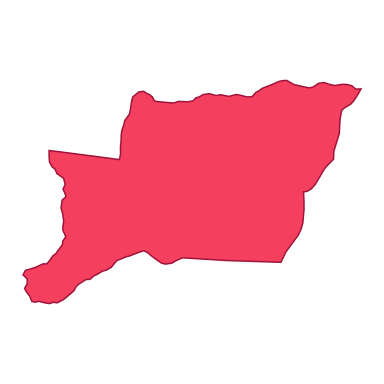 outline of Cachoeirinha, Tocantins, Brazil
{"feature_id": "56859067B94682189349477", "entity_name": "Cachoeirinha", "entity_type": "district", "adm_level": 2, "iso_a3": "BRA", "parent_name": "Brazil", "parent_adm1": "Tocantins", "projection": "robinson", "projection_center": [-47.863, -6.098], "detail": "fine", "context": "isolated", "style": "filled", "palette": "rose", "viewbox_px": 384, "rotation_deg": 0, "n_neighbors": 0, "source": "geoboundaries", "source_scale": "gbopen_adm2", "svg_char_len": 1921}
<svg xmlns="http://www.w3.org/2000/svg" viewBox="0 0 384 384"><path d="M44.7,302.8L49.5,303.6L53.3,302.3L57.3,302.8L63.3,299.7L69.7,294.5L74.1,290.6L75.7,287.2L78.7,284.2L85.9,279.6L90.0,279.3L94.0,275.8L97.0,274.5L102.2,271.3L106.4,270.1L111.3,267.3L116.7,260.7L126.6,256.6L130.1,255.8L134.5,254.0L139.3,252.2L143.7,250.8L147.6,252.6L150.8,255.4L155.5,259.0L158.4,261.0L161.6,263.2L165.5,264.1L171.7,263.2L177.4,260.0L182.7,257.8L225.7,260.5L280.9,262.3L286.0,251.8L298.2,235.3L301.0,229.4L302.8,223.2L304.0,209.7L304.0,202.2L303.6,191.8L306.9,191.4L311.4,188.8L315.4,184.2L324.4,169.0L327.4,165.4L333.6,159.2L333.8,151.4L336.6,142.4L339.3,133.4L340.0,119.9L341.6,110.4L344.6,107.8L350.9,104.0L354.0,100.5L357.4,95.3L361.0,88.9L355.7,89.1L351.8,85.7L346.6,84.5L342.6,84.3L339.3,84.8L334.7,85.5L329.4,84.4L324.1,82.5L318.6,83.3L313.4,86.9L309.7,87.9L304.0,86.9L300.0,85.9L294.3,84.7L286.7,80.4L282.0,80.7L278.8,81.5L272.2,84.4L267.7,86.2L261.9,88.5L258.9,90.9L255.8,92.4L252.0,96.8L246.7,96.9L240.1,95.1L236.1,94.5L228.9,96.4L220.6,94.7L216.1,95.6L212.4,94.5L209.1,93.7L203.2,94.5L199.3,96.8L195.7,97.9L193.2,100.8L187.9,101.8L183.6,101.6L178.4,101.4L173.7,103.0L168.5,102.6L164.0,102.2L159.5,101.8L154.6,101.1L152.4,97.0L149.6,94.6L146.6,93.3L143.7,91.3L138.9,91.9L132.9,96.8L131.7,100.8L130.7,108.0L129.5,114.0L124.8,120.5L123.7,125.2L121.9,130.2L121.3,134.0L121.0,142.1L120.5,145.9L120.5,154.3L119.4,159.6L105.2,157.7L62.1,152.1L49.1,150.5L49.1,157.2L49.5,162.0L52.1,166.8L55.2,169.4L56.8,173.5L63.6,178.3L65.2,184.5L63.0,189.2L64.6,192.4L66.0,196.6L62.1,200.2L61.1,207.8L62.8,214.5L63.7,221.3L62.9,226.0L62.9,230.2L65.8,236.9L62.8,241.0L62.3,244.7L59.2,249.0L55.5,254.0L52.8,255.9L50.4,259.4L46.8,263.9L42.9,263.9L35.8,267.2L29.4,269.3L25.5,270.3L23.0,274.9L27.1,278.8L27.3,283.6L24.6,288.4L26.2,291.6L29.7,296.1L31.9,301.5L35.1,302.2L38.7,301.3L44.7,302.8Z" fill="#f43f5e" stroke="#9f1239" stroke-width="1.5"/></svg>